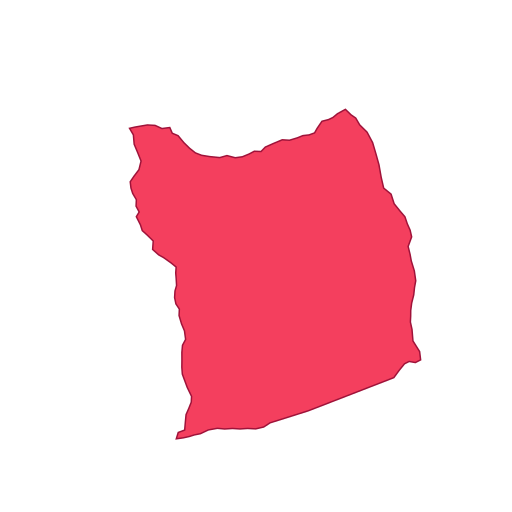 Emilianópolis, São Paulo, Brazil (Natural Earth projection), rotated 332°
{"feature_id": "56859067B80987018842318", "entity_name": "Emilianópolis", "entity_type": "district", "adm_level": 2, "iso_a3": "BRA", "parent_name": "Brazil", "parent_adm1": "São Paulo", "projection": "natural_earth1", "projection_center": [-51.48, -21.789], "detail": "fine", "context": "isolated", "style": "filled", "palette": "rose", "viewbox_px": 512, "rotation_deg": 332, "n_neighbors": 0, "source": "geoboundaries", "source_scale": "gbopen_adm2", "svg_char_len": 1758}
<svg xmlns="http://www.w3.org/2000/svg" viewBox="0 0 512 512"><g transform="rotate(332 256 256)"><path d="M228.2,93.3L221.6,89.3L215.0,87.1L209.5,85.3L204.3,83.9L204.6,91.5L200.9,100.1L200.1,108.9L199.1,118.2L193.2,124.8L185.9,128.2L179.8,131.4L177.5,137.3L176.5,142.9L176.8,150.1L173.5,155.7L173.5,162.3L168.8,165.1L168.6,174.2L167.5,180.2L169.9,186.8L172.3,194.5L167.8,201.7L170.6,209.3L173.6,213.9L177.8,222.3L180.3,228.3L177.2,233.2L174.9,238.5L172.0,244.8L168.1,248.8L164.6,254.5L162.8,260.7L163.4,266.9L160.1,272.5L158.4,280.9L157.7,288.5L154.7,296.6L149.2,300.3L145.3,306.3L141.8,313.0L138.3,319.4L135.5,325.7L133.6,339.7L133.2,349.7L130.2,354.7L125.0,359.1L119.8,363.2L115.5,369.7L111.3,376.2L104.5,375.3L99.8,380.0L106.4,382.4L112.5,384.1L117.5,385.0L123.5,386.8L132.3,387.2L141.0,390.0L147.1,394.0L154.2,397.2L160.7,401.2L167.6,404.3L174.6,408.5L182.5,410.6L190.1,409.9L229.4,417.2L320.6,428.1L328.9,424.1L336.5,420.9L341.7,421.0L346.7,424.9L352.6,425.0L355.6,417.2L354.7,404.7L359.3,394.0L361.3,386.8L364.4,381.6L367.0,376.8L371.4,370.6L377.0,364.4L381.2,358.2L385.4,352.9L388.8,343.5L390.8,333.2L392.8,326.9L394.8,319.0L402.4,312.2L404.2,305.6L404.7,298.6L405.9,291.3L404.3,284.1L402.5,274.7L404.3,264.8L400.6,256.0L403.5,245.2L407.4,233.2L409.8,222.3L412.2,210.7L412.2,198.8L409.1,188.9L408.8,181.0L406.2,176.0L403.8,168.5L394.8,168.6L389.0,169.8L384.1,169.6L377.5,168.0L369.9,172.0L365.5,174.8L359.7,174.0L353.9,171.7L348.1,171.1L339.9,169.5L333.7,165.7L323.8,164.8L315.4,164.2L309.5,166.1L303.7,162.7L297.8,162.7L290.6,162.0L283.8,159.5L277.5,153.7L270.2,152.1L261.8,146.5L255.2,141.5L250.9,136.5L247.9,129.6L245.5,122.0L243.7,113.2L239.7,108.3L240.2,102.1L232.8,99.3L228.2,93.3Z" fill="#f43f5e" stroke="#9f1239" stroke-width="1.5"/></g></svg>